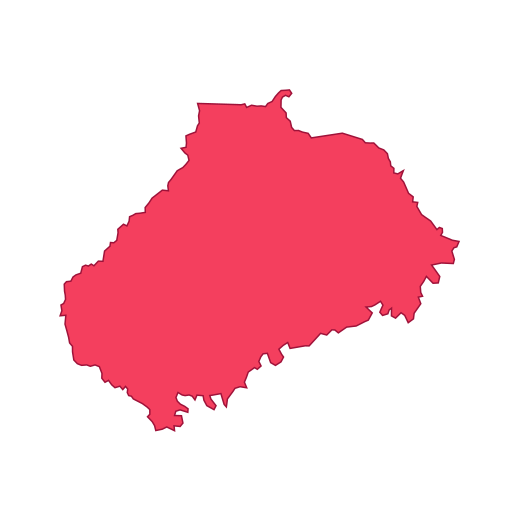 the district of São Martinho da Serra, Rio Grande do Sul, Brazil, rotated 171°
{"feature_id": "56859067B1890205417469", "entity_name": "São Martinho da Serra", "entity_type": "district", "adm_level": 2, "iso_a3": "BRA", "parent_name": "Brazil", "parent_adm1": "Rio Grande do Sul", "projection": "natural_earth1", "projection_center": [-53.88, -29.477], "detail": "fine", "context": "isolated", "style": "filled", "palette": "rose", "viewbox_px": 512, "rotation_deg": 171, "n_neighbors": 0, "source": "geoboundaries", "source_scale": "gbopen_adm2", "svg_char_len": 3361}
<svg xmlns="http://www.w3.org/2000/svg" viewBox="0 0 512 512"><g transform="rotate(171 256 256)"><path d="M456.3,238.1L456.3,232.3L458.8,227.6L453.1,227.2L455.3,218.6L454.5,211.8L453.8,205.0L453.7,199.3L451.4,195.5L452.2,190.0L452.2,181.8L449.3,177.6L445.4,175.3L440.2,174.9L436.9,173.0L432.0,173.6L428.0,171.2L426.5,164.1L427.4,159.4L424.9,154.9L421.1,156.2L418.7,151.4L415.9,148.0L410.8,148.7L408.5,144.9L405.3,147.6L403.5,144.7L404.5,141.3L403.6,138.1L401.0,137.0L399.5,134.0L391.4,128.1L387.2,123.9L384.9,120.9L385.6,116.3L388.3,114.2L384.4,108.6L382.7,104.3L382.3,99.3L375.7,99.6L370.9,101.1L363.8,96.2L363.5,101.1L357.6,99.5L354.3,102.4L354.6,109.9L361.4,111.2L359.5,115.2L355.1,115.9L347.8,112.3L347.0,115.7L350.0,118.7L353.9,121.5L356.4,124.9L357.2,128.8L354.4,133.4L350.7,130.3L347.9,129.2L343.8,129.2L340.9,127.5L338.8,123.4L336.1,127.8L330.1,126.3L330.0,121.7L328.0,115.9L321.5,110.8L318.9,114.4L322.9,121.7L323.5,125.4L320.1,125.4L312.2,125.6L310.7,114.4L308.9,111.6L307.9,114.8L306.6,119.3L299.9,125.9L297.5,128.6L292.2,129.4L285.8,127.3L287.2,133.2L284.6,137.4L281.8,142.6L274.9,146.0L272.4,143.9L268.2,146.6L269.7,151.4L267.0,155.7L264.3,158.3L260.0,158.1L258.2,148.4L253.9,144.9L247.9,147.5L244.6,151.9L246.1,154.9L248.0,160.4L243.1,163.5L238.2,165.6L236.8,159.4L221.4,159.6L217.6,158.9L204.3,169.5L198.5,166.9L192.6,171.2L189.7,170.6L186.7,167.2L177.6,171.6L168.0,171.2L158.7,174.2L155.1,175.1L150.1,181.6L152.2,184.3L155.3,188.4L149.9,188.0L146.2,189.1L140.1,191.8L138.3,187.6L140.3,184.6L142.5,181.1L140.3,177.5L134.8,178.3L132.9,181.9L130.3,183.3L131.6,175.7L127.9,172.8L121.6,177.3L118.4,174.1L116.1,166.3L110.3,169.3L108.8,174.7L100.7,183.1L102.1,190.0L97.8,190.2L99.0,194.2L98.5,200.3L94.4,204.6L90.9,209.2L85.4,201.4L80.2,200.9L77.7,207.0L81.8,215.3L84.0,219.6L74.0,220.1L62.3,217.7L60.6,221.6L61.8,230.3L59.2,233.2L56.3,233.6L53.2,238.6L59.7,240.9L70.3,247.4L68.1,250.2L67.7,254.0L70.4,255.5L73.2,253.8L78.0,263.2L83.1,268.1L86.0,271.0L89.4,279.8L87.9,283.6L92.8,285.0L91.5,289.8L95.5,294.0L98.6,305.9L101.1,310.2L99.1,313.8L97.1,317.3L103.1,314.9L106.9,316.5L106.1,321.0L108.8,324.0L108.6,328.0L110.0,331.7L110.2,336.5L113.2,340.8L117.8,343.5L122.0,349.2L125.7,349.7L130.3,350.7L132.7,354.5L151.5,363.8L182.9,364.0L185.3,369.0L190.7,371.1L194.4,373.3L198.5,373.9L200.7,377.5L201.1,383.8L204.4,387.9L203.9,392.6L208.1,398.9L206.8,406.2L205.0,408.8L201.7,410.1L198.6,408.1L195.3,411.1L197.0,414.8L200.2,415.0L205.3,415.5L208.3,413.5L211.9,410.5L215.9,406.1L220.5,404.8L223.2,402.1L227.3,403.4L231.6,403.8L236.8,405.6L242.0,404.2L243.3,408.0L247.1,407.7L251.1,408.5L289.8,415.8L289.0,408.3L290.8,403.4L291.2,396.2L293.4,393.8L296.1,387.9L302.7,386.6L306.4,385.6L307.0,378.4L308.1,374.3L313.2,374.1L310.1,368.9L307.6,366.3L307.2,360.9L311.0,357.4L314.4,354.8L320.4,352.6L324.4,348.5L327.9,344.9L330.9,342.3L332.1,339.2L332.3,334.1L338.2,335.7L349.6,329.4L353.3,325.3L357.9,321.2L358.5,316.4L364.1,316.4L368.1,316.7L371.4,315.4L374.7,314.6L375.9,310.2L378.8,305.9L381.9,308.1L388.3,304.0L388.6,300.5L391.1,293.2L394.4,291.3L397.6,292.1L398.7,288.5L404.8,284.6L408.0,274.7L412.5,275.6L417.6,271.7L420.0,273.8L423.1,272.3L425.8,273.6L429.1,272.6L431.8,266.4L436.8,265.5L440.0,263.9L442.8,260.1L447.2,260.3L449.8,258.2L450.6,251.2L450.5,247.2L450.9,242.9L453.4,239.2L456.3,238.1Z" fill="#f43f5e" stroke="#9f1239" stroke-width="1.5"/></g></svg>